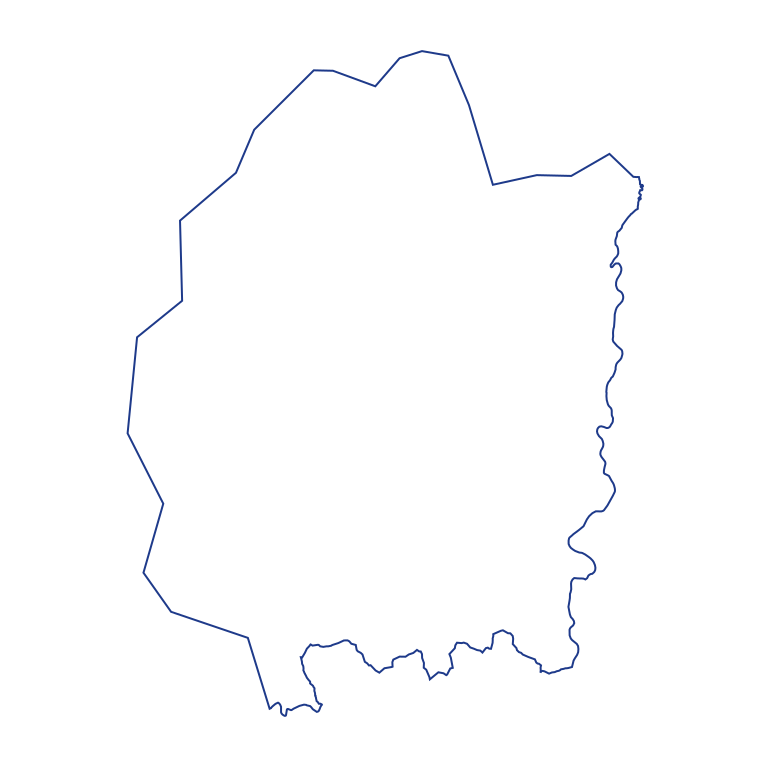 the district of Xu'der, Selenge, Mongolia, rotated 91°
{"feature_id": "93677404B85360121708910", "entity_name": "Xu'der", "entity_type": "district", "adm_level": 2, "iso_a3": "MNG", "parent_name": "Mongolia", "parent_adm1": "Selenge", "projection": "equal_earth", "projection_center": [107.738, 49.736], "detail": "fine", "context": "isolated", "style": "outline", "palette": "blue", "viewbox_px": 768, "rotation_deg": 91, "n_neighbors": 0, "source": "geoboundaries", "source_scale": "gbopen_adm2", "svg_char_len": 6134}
<svg xmlns="http://www.w3.org/2000/svg" viewBox="0 0 768 768"><g transform="rotate(91 384 384)"><path d="M54.6,325.4L50.5,351.8L58.0,374.1L86.5,397.9L71.7,440.5L71.6,459.7L132.0,518.2L175.4,535.7L224.2,590.8L304.3,587.3L341.6,631.7L437.8,639.5L507.5,602.6L576.9,621.2L615.5,592.9L640.2,515.7L710.7,492.7L710.0,491.3L709.8,491.3L708.2,489.8L705.7,486.9L704.5,484.5L704.6,484.0L705.6,482.9L706.7,482.1L708.6,481.3L714.0,481.2L715.2,480.7L716.3,479.7L717.5,477.7L717.5,477.1L717.4,476.6L716.8,476.2L711.2,475.4L710.7,475.0L710.6,474.3L711.7,471.3L711.6,470.7L710.2,468.7L707.3,462.9L706.0,458.4L706.2,456.2L706.6,455.6L707.3,452.3L708.3,451.2L710.4,449.5L713.0,445.5L712.7,444.4L712.1,443.6L710.5,442.8L708.2,442.0L706.6,441.2L705.8,440.5L705.3,440.8L705.1,441.5L704.8,441.9L704.8,443.6L703.1,444.7L702.3,445.8L699.4,446.5L698.9,446.5L698.2,446.8L696.9,447.0L696.8,447.4L694.8,447.5L693.4,447.8L692.4,448.2L691.1,448.3L690.5,448.2L689.4,448.2L688.3,449.1L687.4,449.5L686.9,449.8L685.7,451.3L685.3,452.0L684.8,452.5L684.5,452.7L683.4,452.6L682.7,452.8L681.5,454.0L679.0,456.0L676.5,457.2L675.8,457.7L675.0,458.0L674.1,458.6L672.9,459.0L671.8,459.6L669.7,459.5L667.5,459.8L665.2,461.0L663.1,461.2L660.6,461.8L658.9,462.3L658.6,462.4L658.6,461.9L658.7,461.7L659.1,461.5L659.2,461.3L658.9,461.1L654.2,458.4L650.0,456.5L647.4,454.1L645.7,452.9L645.8,452.6L646.8,450.9L645.9,445.4L646.1,444.6L647.4,443.2L647.9,440.1L647.3,436.9L647.3,435.3L646.6,432.2L645.9,431.2L643.8,425.1L641.1,419.6L641.0,415.9L641.9,414.2L644.3,412.1L645.4,407.7L650.3,406.7L651.7,405.6L653.2,402.6L654.8,400.8L662.1,398.3L663.6,395.9L665.7,394.1L665.4,392.5L670.6,387.4L672.7,383.6L668.2,378.6L666.8,371.2L666.5,370.5L662.0,370.8L659.4,369.9L656.3,363.6L656.3,357.7L654.0,354.5L652.4,350.0L649.3,346.4L650.8,344.1L650.8,342.6L653.4,341.3L657.3,341.1L662.2,339.2L667.0,339.3L668.9,336.8L676.2,333.5L678.5,333.0L671.3,324.6L672.2,319.4L674.0,316.7L673.4,315.8L667.3,312.8L666.6,310.3L656.5,312.4L652.9,313.9L647.0,308.6L644.0,308.1L641.4,306.5L641.7,301.9L641.2,299.7L642.3,296.4L645.9,293.2L647.1,289.5L648.4,286.3L648.9,283.0L650.8,280.9L646.3,277.5L645.8,275.6L646.8,274.2L646.9,272.4L640.9,270.9L637.7,270.8L636.6,270.9L634.0,270.3L632.2,270.4L628.7,262.8L628.2,260.8L631.0,255.7L631.1,253.3L633.7,250.9L636.5,250.4L641.8,250.7L645.7,247.0L647.8,246.4L649.7,244.4L650.4,242.2L652.1,240.5L654.4,235.0L656.7,228.3L659.8,226.9L660.8,225.6L661.0,224.2L662.6,222.1L664.8,222.5L667.4,222.3L669.9,222.5L668.4,221.7L668.1,220.4L668.5,218.5L670.7,213.9L669.5,211.1L669.1,208.3L668.7,207.4L668.2,206.4L667.8,204.6L667.5,203.7L667.0,202.9L666.2,202.1L665.7,199.5L665.1,197.7L665.0,196.2L664.8,194.9L663.7,191.1L657.2,189.6L655.0,188.4L651.5,186.2L648.8,185.2L645.6,185.0L642.6,185.4L640.5,186.7L636.8,191.4L635.2,192.8L632.1,194.0L626.5,194.2L625.3,193.8L624.2,193.1L622.1,190.7L619.8,189.6L617.7,190.0L615.8,191.2L613.8,193.1L611.2,194.1L603.6,195.7L597.2,194.7L594.7,194.4L590.6,194.4L589.0,193.8L585.9,193.2L580.3,193.5L578.3,193.2L576.1,192.0L574.7,190.4L575.0,186.6L575.0,182.9L575.1,181.1L575.9,179.2L574.6,177.5L572.0,176.3L571.1,175.2L570.4,174.0L570.1,172.4L568.4,170.6L567.5,170.1L566.3,169.6L564.1,169.4L561.5,169.9L558.5,171.2L556.9,172.3L554.8,174.4L553.5,176.1L551.0,179.8L549.5,182.8L549.3,183.7L549.1,185.8L547.6,189.9L546.3,192.0L544.6,194.3L542.9,195.6L540.7,196.6L537.4,196.7L535.2,196.3L534.3,195.8L531.9,193.1L530.9,192.1L526.9,186.9L522.7,182.0L515.9,178.8L512.6,176.6L509.5,173.4L507.6,170.0L507.6,164.5L507.1,162.9L506.4,161.9L501.6,158.5L491.7,153.2L487.6,151.3L486.1,151.2L484.3,151.4L481.1,152.3L479.3,153.1L476.6,154.9L472.1,157.4L471.4,158.6L469.9,161.9L469.0,162.6L466.6,162.6L463.3,162.0L460.0,161.2L458.9,161.3L457.8,161.6L453.1,165.3L451.4,166.2L450.2,166.5L448.1,166.3L446.7,165.9L444.9,164.9L442.8,163.9L441.7,163.7L439.9,163.6L437.2,164.3L435.2,165.2L432.4,168.1L429.8,169.7L427.7,170.2L425.5,169.9L424.2,169.2L422.9,167.9L422.5,166.1L423.1,163.4L424.1,160.8L424.1,159.8L423.8,158.7L422.8,157.4L422.3,157.1L420.4,156.1L419.1,155.2L417.7,154.6L414.2,154.4L411.3,155.7L408.5,155.8L407.6,155.8L406.2,155.9L405.2,156.2L404.3,156.6L401.8,159.0L400.3,159.8L396.2,161.0L392.2,161.4L388.8,161.3L388.2,161.6L382.9,161.2L380.8,160.7L378.5,159.8L376.2,158.0L374.1,157.0L373.4,156.4L372.8,155.6L372.2,155.2L368.7,153.7L365.4,152.7L363.2,152.7L360.7,152.2L359.7,151.8L358.5,151.0L356.7,149.3L355.4,148.1L353.8,147.1L350.8,146.3L349.7,146.1L347.2,146.4L346.4,146.7L345.7,147.1L345.0,147.9L341.9,151.6L337.6,155.5L336.6,155.8L335.5,156.1L332.4,155.7L328.9,155.9L327.1,155.8L325.0,155.6L322.8,155.0L316.0,154.6L310.3,154.5L305.9,153.5L303.5,152.6L300.9,150.7L299.9,149.6L297.0,147.2L294.4,146.4L292.8,146.3L291.8,146.5L290.8,146.7L289.2,147.5L288.3,148.1L287.3,149.4L286.0,151.6L284.4,152.7L281.5,153.7L278.3,153.7L275.3,152.9L269.4,149.5L266.3,148.7L264.8,148.7L263.8,148.8L262.3,149.4L260.3,150.6L259.4,151.6L259.4,154.1L259.9,155.0L260.6,155.8L263.0,157.7L263.2,158.7L262.9,159.2L262.2,159.4L260.8,159.4L258.6,157.8L255.6,156.3L254.0,155.0L252.5,153.5L251.5,152.9L249.5,152.1L247.3,152.1L244.8,152.4L242.9,153.0L241.9,153.6L240.7,154.9L237.1,155.2L235.5,155.0L232.1,153.8L228.6,153.4L228.2,153.2L227.8,152.9L226.6,151.3L223.7,149.0L221.2,148.5L219.7,147.5L214.3,143.7L212.6,142.4L210.8,140.7L210.1,140.3L209.7,139.9L209.4,139.3L206.1,135.9L205.1,134.6L204.8,133.7L204.6,133.4L204.4,133.3L203.4,133.3L202.5,133.4L199.8,133.0L199.0,133.0L198.1,133.0L197.1,132.7L195.7,132.3L195.3,131.9L194.8,130.8L194.5,130.6L194.1,130.5L193.7,130.7L193.7,131.1L193.8,131.6L194.6,132.5L194.3,132.8L193.9,132.8L193.4,132.4L192.2,131.1L191.4,130.7L190.4,130.5L190.1,130.8L189.4,131.7L188.9,132.1L187.9,132.1L186.9,131.6L185.7,131.2L185.8,130.1L185.8,129.5L185.4,129.1L184.7,129.0L184.2,129.1L183.6,129.6L182.6,130.6L182.2,130.8L182.0,130.7L181.7,130.5L181.7,130.1L182.1,128.9L182.0,128.6L181.5,128.5L181.1,128.7L180.5,129.1L180.2,131.2L179.8,131.5L176.5,131.7L175.1,132.3L174.0,132.4L173.2,132.7L172.7,132.7L172.6,133.7L172.7,135.1L172.5,138.3L150.0,162.6L172.7,200.4L172.5,234.9L182.9,278.6L103.7,303.9L54.6,325.4Z" fill="none" stroke="#1e3a8a" stroke-width="2"/></g></svg>